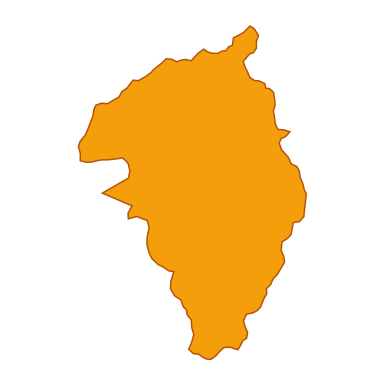 Campestre de Goiás, Goiás, Brazil (Robinson projection), rotated 181°
{"feature_id": "56859067B36486008417996", "entity_name": "Campestre de Goiás", "entity_type": "district", "adm_level": 2, "iso_a3": "BRA", "parent_name": "Brazil", "parent_adm1": "Goiás", "projection": "robinson", "projection_center": [-49.702, -16.781], "detail": "fine", "context": "isolated", "style": "filled", "palette": "amber", "viewbox_px": 384, "rotation_deg": 181, "n_neighbors": 0, "source": "geoboundaries", "source_scale": "gbopen_adm2", "svg_char_len": 2057}
<svg xmlns="http://www.w3.org/2000/svg" viewBox="0 0 384 384"><g transform="rotate(181 192 192)"><path d="M192.6,34.7L187.8,30.4L182.5,29.9L178.8,27.3L174.3,25.2L170.2,25.0L165.2,28.7L161.3,33.4L157.4,37.0L151.0,37.5L143.5,35.0L141.3,38.5L138.6,44.3L134.9,46.6L134.0,52.5L136.5,58.1L138.3,63.9L135.5,70.6L128.8,72.3L124.4,74.8L121.6,78.1L119.5,83.2L117.9,87.4L115.5,91.4L115.9,96.7L111.8,100.8L109.6,106.1L105.1,111.3L102.9,115.2L100.7,119.0L98.2,123.6L99.1,129.0L101.8,135.4L101.2,143.6L95.8,147.2L92.3,150.8L91.2,157.2L90.2,163.2L84.0,164.3L79.7,169.4L79.3,175.9L78.5,183.0L78.2,187.2L77.7,192.3L79.7,195.9L81.3,202.1L84.0,208.1L85.3,215.2L87.6,219.2L93.3,221.9L96.2,228.2L99.5,231.9L103.2,235.9L105.7,242.5L103.7,246.9L99.3,249.2L95.2,253.9L101.2,255.7L107.2,256.1L109.9,261.5L110.7,267.5L112.1,274.1L110.5,279.7L110.9,285.8L112.3,293.3L116.4,296.7L120.2,297.2L121.2,301.7L127.0,304.3L131.4,304.5L136.2,307.6L138.6,313.0L141.1,317.9L143.1,323.2L140.2,327.0L136.7,331.2L133.0,332.3L130.1,337.0L130.3,343.7L128.2,349.5L132.6,356.3L136.9,359.0L143.1,352.5L147.6,349.9L153.3,346.8L154.1,339.4L158.0,337.7L160.6,333.9L164.8,333.3L168.5,331.0L173.3,331.0L178.3,332.1L182.8,335.0L188.6,330.6L195.1,323.2L200.6,324.4L204.3,323.9L209.6,321.9L214.6,324.4L220.0,324.8L225.8,319.2L232.2,314.1L234.9,310.9L240.6,306.5L247.5,302.4L252.7,302.8L256.1,298.6L258.7,294.8L263.6,291.4L266.9,285.5L272.5,282.3L278.0,278.8L283.8,279.2L289.6,277.2L291.6,272.6L292.3,266.3L294.7,260.1L296.8,254.1L299.4,247.6L304.9,240.4L306.3,235.7L304.3,228.2L304.3,221.4L298.1,219.9L292.1,220.3L286.5,221.9L282.7,222.5L275.8,222.8L268.2,223.8L262.3,224.8L258.6,222.1L256.2,219.0L254.5,212.1L255.7,204.9L281.6,189.3L251.8,177.1L255.6,169.4L255.2,164.1L246.6,166.6L241.4,164.5L236.3,162.8L234.2,155.9L236.1,145.9L236.1,138.3L234.0,130.8L231.0,124.8L224.8,119.0L220.4,117.0L213.8,112.8L208.8,111.9L211.5,102.8L211.9,95.0L207.4,87.7L201.2,83.9L198.8,77.2L195.6,74.1L194.5,68.7L190.4,64.1L189.9,56.7L187.7,49.3L190.2,40.1L192.6,34.7Z" fill="#f59e0b" stroke="#b45309" stroke-width="1.5"/></g></svg>